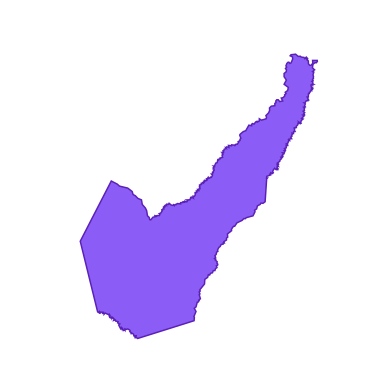 Tambopata, Madre de Dios, Peru, rotated 100°
{"feature_id": "86281439B97572959999904", "entity_name": "Tambopata", "entity_type": "district", "adm_level": 2, "iso_a3": "PER", "parent_name": "Peru", "parent_adm1": "Madre de Dios", "projection": "orthographic", "projection_center": [-70.427, -12.188], "detail": "fine", "context": "isolated", "style": "filled", "palette": "violet", "viewbox_px": 384, "rotation_deg": 100, "n_neighbors": 0, "source": "geoboundaries", "source_scale": "gbopen_adm2", "svg_char_len": 5980}
<svg xmlns="http://www.w3.org/2000/svg" viewBox="0 0 384 384"><g transform="rotate(100 192 192)"><path d="M39.6,118.3L40.8,119.0L41.5,116.5L43.5,115.9L47.7,116.9L48.4,118.0L47.4,119.0L47.5,119.9L48.9,120.9L51.5,121.4L52.6,120.5L54.2,121.4L55.2,120.2L57.2,120.1L59.3,121.9L62.5,121.3L65.4,118.5L69.9,120.0L72.3,115.3L75.4,115.4L77.6,117.5L78.8,116.5L80.2,117.7L81.3,117.3L83.2,118.7L84.0,120.4L86.6,118.5L87.7,121.3L86.2,123.1L86.4,124.5L87.8,125.3L89.4,124.8L90.3,125.8L92.6,125.4L93.7,128.8L95.8,130.3L98.2,129.7L100.9,130.4L103.9,132.5L105.4,131.6L107.0,131.7L109.2,136.1L108.2,138.4L110.4,138.1L111.8,139.9L111.1,140.3L111.9,141.4L114.4,142.8L114.1,144.4L115.1,145.1L116.4,144.8L116.3,147.6L122.3,149.7L123.6,152.0L126.7,154.6L127.7,154.9L130.6,153.2L131.8,153.9L132.8,153.6L134.4,155.2L134.7,154.7L137.0,155.6L137.2,156.8L138.3,157.5L137.9,157.6L138.5,158.3L138.7,161.2L139.6,161.2L139.8,164.2L141.8,163.4L141.5,165.6L142.3,166.3L143.0,165.9L142.7,166.6L143.4,166.3L144.4,167.8L145.9,167.8L146.1,168.6L147.5,167.9L147.8,169.1L148.2,168.2L149.3,168.9L149.9,168.0L150.9,168.7L152.6,167.9L153.7,170.3L154.4,170.0L155.1,171.4L155.9,171.4L155.7,172.2L158.7,172.3L159.4,173.6L162.6,174.4L162.7,175.2L163.3,174.2L164.2,175.3L165.6,175.1L165.4,174.5L166.7,173.9L167.3,174.5L169.1,174.4L169.0,175.2L170.8,175.1L171.0,175.9L171.8,174.7L174.2,175.4L174.1,176.4L175.0,176.8L175.3,178.2L174.7,178.6L175.6,179.0L175.8,178.4L176.4,179.9L177.7,178.6L177.2,179.8L178.2,179.8L178.3,181.4L179.0,181.1L179.3,182.2L180.2,181.7L180.6,182.6L181.2,182.4L180.9,183.4L182.1,183.8L182.0,184.4L183.1,184.3L183.8,185.8L185.6,185.3L185.6,184.5L185.9,185.5L187.3,184.7L188.0,186.1L189.1,185.6L188.8,186.9L189.8,186.5L190.2,187.8L191.2,187.2L191.5,188.0L192.0,188.1L191.7,187.5L192.2,187.9L192.2,188.8L194.5,188.3L195.8,188.9L195.9,190.0L196.4,189.6L196.9,190.4L197.5,190.0L197.0,191.1L197.8,191.2L197.6,192.3L200.0,192.7L200.7,195.6L201.0,194.7L202.6,195.4L202.3,197.6L203.0,197.5L203.1,198.5L203.5,198.0L204.5,201.4L205.7,201.1L205.9,204.4L206.8,205.2L206.2,205.6L207.2,205.5L207.7,207.0L208.4,207.1L207.7,208.0L208.5,208.4L208.5,210.1L207.1,212.6L208.3,213.0L208.3,214.8L209.5,215.6L209.8,215.1L210.0,216.3L211.0,216.9L211.1,216.1L211.7,216.3L211.9,217.4L213.4,216.8L213.4,217.6L214.9,217.9L214.9,218.6L216.0,218.2L218.1,219.1L219.0,220.5L219.4,219.8L220.8,220.0L221.3,222.3L222.0,222.6L221.5,223.7L222.0,223.3L223.0,223.7L221.9,223.7L221.8,224.4L222.8,224.1L223.6,226.1L226.6,227.8L226.5,228.9L224.4,229.8L223.2,231.7L218.3,233.4L215.9,235.1L212.9,238.8L208.5,240.4L207.7,244.2L205.6,247.0L204.7,249.6L201.9,251.0L199.3,256.0L198.8,264.4L197.2,267.0L195.2,273.4L259.9,293.5L326.5,264.1L326.8,262.9L326.1,262.6L327.4,262.1L327.1,261.3L326.2,261.8L325.9,258.6L327.6,259.1L326.4,258.4L327.1,257.7L326.2,257.5L327.5,257.3L326.3,256.6L327.3,252.7L326.7,252.3L327.8,251.3L328.4,252.0L329.8,251.2L329.2,250.0L330.1,249.8L329.4,248.8L330.3,248.7L329.4,248.2L330.7,246.6L332.1,246.9L331.3,245.3L332.4,244.7L332.5,242.3L333.8,242.5L334.5,240.2L335.7,241.1L339.0,238.6L337.8,238.1L339.3,237.2L338.5,236.7L340.4,235.7L339.8,234.5L339.0,234.9L339.8,234.0L338.5,234.2L338.8,233.1L338.0,231.6L338.7,229.5L339.4,228.8L340.3,229.0L341.4,226.8L341.7,227.5L342.1,227.3L341.6,226.1L342.3,224.8L343.8,224.2L343.2,222.0L344.6,221.9L344.9,222.9L345.4,222.7L345.0,221.5L345.7,220.1L318.4,167.6L315.0,167.9L314.4,168.5L309.0,167.3L306.1,169.6L304.5,168.1L299.7,167.7L299.4,166.9L297.7,166.1L297.3,166.6L295.7,165.2L291.8,167.1L291.0,166.5L289.2,167.6L288.1,166.7L287.1,167.4L280.4,163.7L275.8,164.2L273.4,161.8L270.6,161.5L270.7,160.2L268.8,159.6L268.0,157.8L265.7,157.4L265.4,155.8L263.3,155.5L262.1,154.3L260.3,155.2L259.6,154.1L258.6,154.1L257.8,155.1L256.3,155.1L254.9,157.3L254.0,156.9L253.6,158.3L252.3,157.4L250.7,158.4L249.4,157.4L246.9,157.3L245.9,156.2L244.7,156.8L241.9,155.9L240.8,154.8L238.7,154.2L237.8,152.2L236.7,152.4L236.6,151.3L235.4,152.0L233.3,149.7L231.3,150.0L230.3,149.0L227.2,149.8L223.2,146.3L222.1,146.7L219.9,145.9L218.5,145.0L218.3,144.0L214.6,142.4L211.1,137.6L209.2,136.4L209.1,135.0L207.8,134.0L204.9,127.8L200.5,126.5L199.1,127.2L197.4,125.4L194.3,125.2L192.4,122.7L190.9,122.1L190.8,120.1L188.9,118.3L165.7,120.8L165.6,120.4L165.2,120.2L165.4,121.0L163.6,121.1L161.4,117.3L160.8,117.4L161.4,119.0L160.5,117.9L159.3,117.9L159.8,115.8L158.8,115.3L158.1,116.1L156.9,116.0L154.3,114.8L155.4,113.0L155.1,111.3L154.0,111.4L154.1,112.6L152.0,112.2L151.3,113.2L151.6,111.6L150.2,112.8L150.2,111.8L149.5,111.5L148.6,112.9L146.6,110.9L145.3,110.9L143.5,109.6L142.3,110.5L142.0,108.9L141.2,108.7L140.4,110.2L140.6,108.9L139.4,109.3L138.5,108.2L137.7,109.4L137.6,108.0L135.7,107.5L135.3,108.5L134.5,107.7L134.9,106.7L133.1,108.4L132.1,106.8L130.1,107.3L129.6,105.8L128.6,106.2L128.3,107.5L127.0,106.0L124.7,105.8L124.5,104.9L123.2,106.6L123.5,105.0L122.5,104.6L122.2,103.2L120.9,104.3L119.5,103.2L118.8,103.8L117.6,103.2L116.7,103.7L116.8,102.2L114.9,102.4L114.5,101.0L113.5,101.8L111.4,101.9L111.2,103.1L110.4,100.4L109.2,100.7L107.3,99.4L105.8,99.6L105.6,98.2L104.6,99.0L105.1,97.6L105.9,97.2L105.3,96.5L104.7,97.1L102.5,96.7L100.8,95.3L100.5,96.8L97.7,94.9L97.0,96.2L96.4,94.6L95.3,95.6L94.3,94.8L93.1,96.6L92.1,95.4L90.8,96.0L89.7,95.6L89.1,96.7L88.4,95.3L87.7,96.1L85.5,95.7L84.8,96.9L84.7,96.3L82.4,95.3L81.9,93.6L81.1,93.8L81.0,93.2L78.5,95.1L78.2,93.9L75.2,94.4L74.7,93.6L73.8,93.8L73.5,93.2L71.7,92.7L71.5,91.7L70.7,92.2L70.0,91.3L69.6,91.8L68.4,90.5L69.1,92.2L67.9,92.0L67.9,92.7L65.9,93.4L65.4,92.8L65.8,91.7L64.8,92.0L64.7,91.2L64.3,92.0L62.2,92.2L62.2,93.0L61.0,92.2L60.5,92.8L59.0,92.2L58.7,93.0L58.7,92.4L57.1,92.4L55.6,93.2L53.3,92.9L52.6,93.9L52.4,93.1L51.3,93.5L50.4,92.5L48.7,95.0L45.2,95.0L43.3,93.4L43.2,92.1L41.7,91.2L40.7,91.5L41.5,96.1L44.3,95.4L46.5,96.8L46.8,98.1L45.5,99.6L42.7,100.2L41.9,101.7L41.2,101.4L40.9,102.1L40.4,101.5L39.3,102.9L41.1,104.0L40.0,105.1L40.2,107.8L39.5,108.8L40.0,111.0L38.3,113.9L39.6,118.3Z" fill="#8b5cf6" stroke="#5b21b6" stroke-width="1.5"/></g></svg>